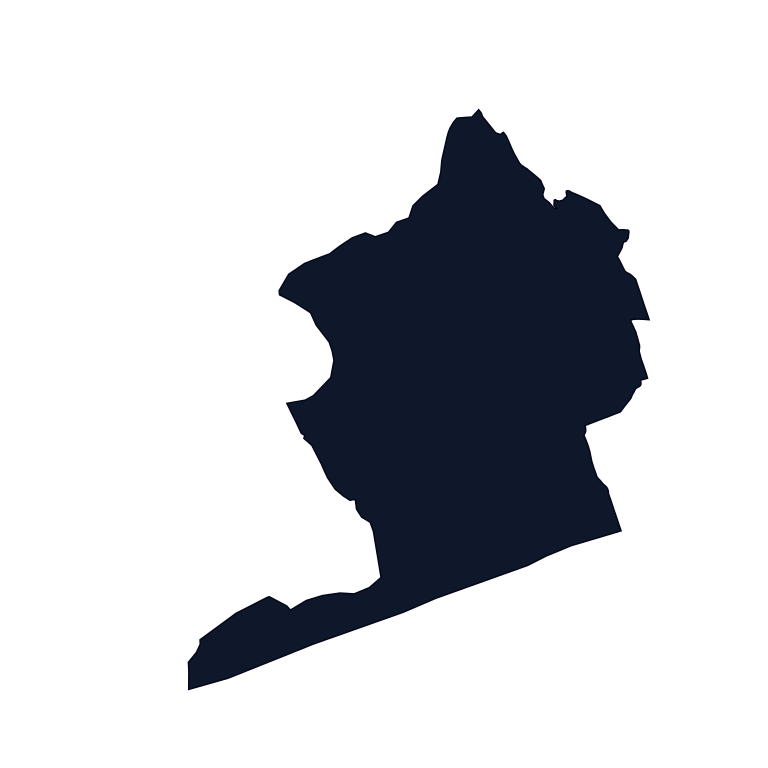 outline of Ojo, Lagos, Nigeria, rotated 342°
{"feature_id": "59680162B67711641000031", "entity_name": "Ojo", "entity_type": "district", "adm_level": 2, "iso_a3": "NGA", "parent_name": "Nigeria", "parent_adm1": "Lagos", "projection": "equal_earth", "projection_center": [3.188, 6.464], "detail": "fine", "context": "isolated", "style": "filled", "palette": "ink", "viewbox_px": 768, "rotation_deg": 342, "n_neighbors": 0, "source": "geoboundaries", "source_scale": "gbopen_adm2", "svg_char_len": 3279}
<svg xmlns="http://www.w3.org/2000/svg" viewBox="0 0 768 768"><g transform="rotate(342 384 384)"><path d="M313.1,262.8L312.2,266.9L324.2,278.9L336.2,293.5L337.7,307.1L344.8,327.1L344.9,336.4L343.7,346.1L335.3,361.5L313.2,373.3L304.0,375.0L285.6,372.4L288.8,394.6L290.1,405.3L292.7,408.4L291.0,411.0L296.4,420.0L299.7,440.7L300.5,448.6L301.4,455.7L305.0,468.8L310.5,477.6L315.8,484.2L318.8,484.4L321.0,485.2L319.2,494.6L321.6,503.7L328.1,511.2L328.4,520.8L324.4,547.4L321.4,567.1L307.2,573.1L290.8,574.4L277.5,569.2L260.2,566.2L243.2,565.9L225.1,570.1L223.0,565.2L209.2,550.9L207.4,550.8L172.3,556.4L130.0,570.4L128.8,574.7L122.7,581.3L112.0,588.2L109.5,597.3L103.9,614.1L145.1,615.6L236.3,609.5L331.8,607.0L367.1,603.8L464.8,600.9L485.2,597.7L511.9,595.6L564.1,596.9L564.0,590.7L563.9,579.1L563.8,574.9L563.8,565.1L563.6,557.7L563.6,557.4L563.9,556.6L564.2,555.6L564.3,553.2L563.9,551.1L562.9,549.0L561.9,547.6L560.7,544.9L559.7,542.4L558.0,538.9L557.8,537.0L557.8,533.9L557.6,528.9L557.7,521.6L558.2,517.4L558.8,512.3L559.0,506.7L558.8,500.4L558.3,494.4L559.3,493.5L561.0,491.7L561.7,489.8L562.2,487.8L562.2,485.7L566.1,485.4L578.7,484.7L589.3,484.2L595.4,483.8L599.9,483.6L600.9,483.1L605.8,479.6L610.0,476.8L613.1,474.8L614.6,473.6L616.5,471.3L618.1,469.8L619.7,468.5L620.7,467.2L622.2,466.1L624.6,465.4L626.2,465.3L626.9,465.0L628.1,463.9L628.6,462.8L629.2,459.8L629.2,459.7L632.3,459.8L636.4,460.0L636.6,455.5L636.5,449.4L636.5,445.3L636.3,439.9L636.8,431.7L637.9,429.2L638.7,427.3L639.1,425.2L639.0,424.5L639.3,419.6L639.4,414.8L639.6,412.6L639.2,409.8L638.6,404.2L638.2,401.9L638.1,401.6L638.2,401.0L638.2,400.8L638.9,399.3L641.3,399.6L645.5,400.7L650.4,402.5L656.0,404.8L656.0,404.6L656.0,400.2L655.8,388.6L655.8,375.1L655.7,367.2L655.7,362.2L653.3,357.6L651.3,354.9L649.4,353.2L648.2,351.4L647.9,350.5L647.2,345.7L646.2,339.1L645.3,334.7L645.5,334.6L647.1,333.2L650.4,330.1L652.5,327.9L654.3,324.9L655.0,323.7L656.0,323.0L657.8,323.1L658.5,322.9L661.2,320.8L662.7,317.6L664.0,314.9L664.0,314.6L664.1,313.9L663.5,312.9L662.7,312.7L659.4,311.3L654.7,309.9L650.1,300.7L649.0,297.7L646.3,289.6L644.4,281.1L640.0,276.7L633.5,270.3L630.6,267.6L624.0,261.7L622.0,260.2L620.5,258.3L618.9,257.1L618.1,256.9L617.0,256.9L616.5,258.2L616.4,258.3L616.2,261.1L616.1,261.6L615.4,262.3L613.9,262.8L611.7,264.0L611.2,264.5L610.1,264.4L608.6,264.3L607.6,264.4L605.8,263.4L605.3,263.3L605.2,263.3L603.9,261.6L603.2,261.6L602.4,262.2L602.1,263.3L601.7,264.6L601.1,265.7L600.8,267.1L601.9,269.1L602.8,270.2L602.2,270.4L600.5,269.9L599.6,268.7L598.3,265.2L597.1,262.4L595.3,259.7L593.5,257.1L593.4,253.1L596.8,247.7L596.1,242.1L595.9,238.9L593.7,235.0L590.9,230.5L587.2,224.8L586.7,223.8L584.4,221.1L581.4,217.1L581.6,216.8L581.2,216.2L580.4,212.4L578.9,204.7L578.3,199.7L577.5,191.3L576.9,186.0L575.4,181.6L574.7,181.6L571.9,182.7L571.5,182.5L567.8,179.6L560.4,160.3L560.2,156.2L558.8,152.4L550.1,157.3L545.2,156.0L535.6,153.7L531.0,156.5L525.9,161.0L523.1,164.4L520.1,168.9L509.2,187.2L507.7,190.1L503.5,200.0L497.0,210.8L478.6,217.4L466.6,223.5L459.1,233.8L445.8,234.1L435.9,240.6L435.1,241.1L421.2,241.3L413.0,234.6L398.8,235.2L384.3,239.3L376.8,241.9L372.3,243.5L370.3,243.5L355.5,244.2L345.8,244.8L327.3,250.2L313.1,262.8Z" fill="#0f172a" stroke="#020617" stroke-width="1.5"/></g></svg>